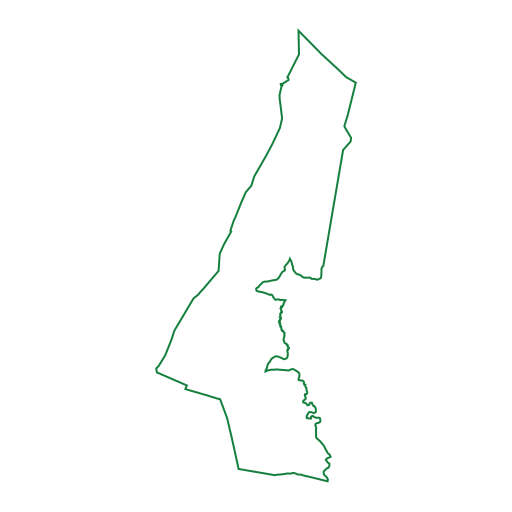 San Sebastián Coatlán, Oaxaca, Mexico
{"feature_id": "50627088B46272999254732", "entity_name": "San Sebastián Coatlán", "entity_type": "district", "adm_level": 2, "iso_a3": "MEX", "parent_name": "Mexico", "parent_adm1": "Oaxaca", "projection": "natural_earth1", "projection_center": [-96.86, 16.104], "detail": "fine", "context": "isolated", "style": "outline", "palette": "green", "viewbox_px": 512, "rotation_deg": 0, "n_neighbors": 0, "source": "geoboundaries", "source_scale": "gbopen_adm2", "svg_char_len": 5933}
<svg xmlns="http://www.w3.org/2000/svg" viewBox="0 0 512 512"><path d="M231.4,436.2L235.6,455.2L238.6,469.0L261.0,472.8L274.3,475.1L275.0,475.2L275.7,475.0L276.7,474.8L277.0,474.7L277.7,474.7L278.8,474.6L280.5,474.5L281.6,474.3L282.6,474.3L283.1,474.2L284.3,474.0L285.3,473.8L286.6,473.7L287.5,473.4L288.4,473.5L289.3,473.6L290.3,473.6L291.2,473.5L291.9,473.2L292.9,473.0L293.8,473.0L294.6,473.2L295.6,473.5L296.3,473.8L296.7,474.1L297.4,474.3L298.2,474.5L298.9,474.6L299.7,474.6L300.4,474.7L301.4,474.7L301.9,474.9L302.5,475.2L302.8,475.3L303.7,475.5L304.5,475.6L305.2,475.9L305.4,476.1L306.9,476.2L327.6,481.3L327.9,479.5L327.4,478.7L327.1,477.7L326.1,476.5L325.4,476.0L323.8,474.3L323.6,471.9L323.7,471.5L326.2,468.9L327.3,468.1L328.5,467.7L329.4,465.9L329.4,463.7L327.4,462.2L325.8,459.7L327.5,458.0L329.1,457.7L330.6,456.7L329.6,454.7L327.8,453.2L325.3,448.7L324.2,446.3L320.6,441.7L317.3,438.8L316.1,437.3L316.0,429.2L316.2,428.1L315.8,426.3L315.3,425.1L315.6,423.9L317.2,423.0L318.4,423.0L319.4,422.3L319.8,422.2L320.2,421.7L320.4,420.7L320.0,418.3L319.6,417.9L318.5,417.7L316.2,417.8L314.5,417.2L313.5,416.3L312.2,416.0L311.2,416.6L311.4,417.0L310.8,418.6L306.8,418.1L306.7,416.4L307.4,414.6L309.2,412.1L311.5,412.2L313.7,413.1L315.3,412.4L315.9,411.8L315.9,411.2L315.8,409.1L315.8,408.6L315.3,407.6L314.4,406.1L313.6,406.1L312.2,404.0L311.9,402.7L310.4,402.6L309.7,403.3L309.4,404.6L307.6,405.3L305.7,403.1L303.6,402.5L303.2,402.3L303.3,400.8L305.7,398.8L305.7,397.6L305.1,396.2L304.8,395.0L305.1,394.2L305.8,394.4L307.1,393.6L307.2,392.3L306.3,388.9L306.3,387.7L305.4,386.7L305.3,385.3L305.4,384.7L304.2,384.6L304.0,383.7L303.8,383.1L304.0,382.1L303.7,381.6L303.1,381.1L302.5,380.6L301.4,380.6L300.7,380.4L299.6,380.3L298.7,380.0L298.6,379.4L298.7,378.0L299.2,377.0L299.4,375.5L299.4,374.3L298.9,372.8L298.1,372.0L297.3,371.5L296.3,370.8L295.4,370.4L294.4,369.7L293.5,369.2L292.6,369.1L291.5,369.2L289.9,370.0L288.1,370.5L287.1,370.3L276.0,369.4L274.9,369.7L273.8,369.8L272.3,369.6L271.4,369.7L269.9,370.0L267.7,370.5L267.0,370.8L266.5,370.9L265.5,371.4L265.7,370.1L266.6,368.8L266.9,367.6L267.2,366.7L267.3,366.0L267.8,364.6L268.2,363.6L269.4,362.3L270.5,360.6L271.1,359.3L271.8,358.7L273.0,357.7L274.1,357.2L275.0,356.6L275.6,356.3L277.0,356.4L278.3,356.6L279.7,357.2L281.0,357.7L282.2,358.3L283.6,359.1L284.1,359.2L285.2,358.9L286.3,358.5L287.0,357.9L287.4,357.1L287.7,355.6L287.8,354.3L287.8,353.2L287.4,351.9L287.3,350.4L287.8,350.2L287.7,349.5L288.2,349.3L289.0,348.0L288.9,347.7L288.1,347.6L288.0,346.9L287.6,346.4L287.8,345.3L287.6,345.1L287.1,345.1L287.0,344.9L287.0,344.4L286.6,344.0L286.2,344.0L285.9,343.5L285.1,343.2L284.4,342.5L284.0,340.9L283.6,340.4L283.6,340.1L283.6,339.8L283.6,339.3L284.1,336.9L284.3,336.7L284.6,335.7L284.3,335.2L284.2,334.7L284.5,333.7L284.6,333.2L284.4,332.6L284.0,332.5L283.7,332.0L283.1,331.6L283.0,330.9L282.2,330.9L281.7,330.2L281.8,329.6L281.4,329.4L281.3,327.6L280.9,327.1L280.5,327.0L280.3,326.7L280.4,326.4L280.6,326.4L280.9,326.1L280.4,325.2L279.8,324.8L279.5,323.8L279.6,323.6L279.8,323.7L280.1,323.7L280.3,323.3L279.6,322.5L279.3,322.5L279.0,321.9L279.0,321.6L279.4,321.8L279.6,321.7L280.0,321.0L279.9,320.5L280.0,320.3L280.1,320.1L279.9,319.3L280.2,319.2L280.4,319.1L280.4,318.8L280.7,318.7L280.9,318.7L281.1,318.2L280.7,317.4L280.3,317.3L279.8,316.9L280.5,316.1L280.4,315.1L280.2,314.9L280.2,313.7L281.1,313.1L281.0,312.6L281.1,312.3L281.5,312.3L281.8,312.2L281.7,311.8L281.8,311.5L281.5,311.1L281.6,310.7L281.2,310.3L281.1,309.7L281.2,309.4L280.5,308.5L280.6,308.3L281.0,308.1L281.1,307.4L281.0,306.9L281.0,306.7L281.3,306.6L281.4,306.4L281.5,306.3L281.8,306.5L281.8,306.8L282.2,306.9L282.3,306.3L282.7,305.7L283.4,305.2L283.5,304.6L283.4,304.1L283.8,303.4L283.8,302.9L284.9,301.1L285.4,300.2L281.6,299.8L280.2,300.1L278.8,299.4L277.2,299.4L275.5,299.8L274.9,299.3L273.9,298.1L273.1,296.8L272.2,295.1L271.0,294.5L270.1,294.9L268.3,294.3L266.8,293.6L265.0,293.0L263.4,292.5L261.5,292.0L259.5,291.7L258.1,291.4L256.6,290.8L256.2,289.7L256.2,288.6L256.9,287.8L257.8,287.5L258.7,286.9L259.4,285.5L260.9,284.2L262.0,283.0L263.1,282.1L265.0,281.6L267.6,281.5L270.1,280.9L273.1,280.3L275.7,279.9L277.3,279.3L278.8,277.8L279.8,276.1L281.0,274.0L282.0,272.4L282.6,271.7L283.8,271.1L284.4,270.7L284.9,270.2L285.1,269.8L285.0,269.4L284.6,268.4L284.5,266.9L285.4,265.7L286.3,264.7L286.9,263.9L287.7,263.1L288.1,262.3L288.5,261.7L289.1,261.0L289.3,260.6L289.9,258.8L290.8,260.5L291.5,261.9L291.9,263.5L292.2,264.9L292.9,266.3L293.0,267.9L293.3,269.7L293.9,270.9L294.8,271.9L296.2,273.6L298.1,274.5L299.2,274.5L300.6,275.4L301.6,276.2L303.1,277.3L304.2,277.7L305.3,277.7L306.6,277.7L308.5,277.6L310.1,277.6L311.4,278.8L313.1,278.9L314.6,279.0L315.6,279.2L316.7,279.6L318.1,279.5L318.8,279.1L320.1,278.5L320.8,278.0L321.2,276.4L321.4,274.5L321.4,272.8L321.5,270.7L321.5,268.9L322.0,267.3L323.3,266.0L343.1,150.0L350.6,141.5L351.1,137.9L349.7,135.5L348.1,132.8L346.5,130.1L344.9,127.4L344.4,125.9L347.5,116.0L355.8,82.7L346.1,77.1L337.5,68.8L321.3,53.9L298.5,30.7L299.0,54.4L287.4,77.3L287.6,77.4L288.2,78.1L288.5,78.9L288.6,79.8L288.3,80.2L287.6,80.6L287.0,80.8L286.7,81.0L286.4,81.2L286.2,81.6L285.8,81.9L285.1,82.2L284.5,82.4L284.0,82.8L283.7,82.9L283.4,83.3L282.9,83.6L282.2,84.0L281.4,83.8L280.7,84.0L280.8,84.5L282.1,84.4L282.4,84.5L282.4,85.1L281.8,85.7L281.4,85.8L281.7,86.3L281.5,86.5L280.0,92.9L279.5,95.3L279.7,98.6L279.9,100.8L280.2,102.7L280.3,103.6L282.1,118.4L279.9,128.0L272.0,144.7L266.1,155.8L254.2,176.5L251.4,185.6L245.8,192.2L240.9,203.4L235.3,217.5L233.9,220.2L230.4,230.6L231.2,231.5L224.2,243.9L221.8,249.1L219.7,254.0L218.6,270.9L210.4,280.5L203.5,288.7L201.6,290.6L198.1,294.7L196.8,295.8L193.6,298.3L189.5,305.2L174.4,330.6L171.3,340.1L165.2,355.3L158.8,365.8L156.2,368.5L156.9,372.4L167.9,377.2L186.8,385.4L185.4,389.1L197.1,392.5L205.8,395.0L210.0,396.3L218.8,399.0L220.1,399.2L227.1,418.1L231.4,436.2Z" fill="none" stroke="#15803d" stroke-width="2"/></svg>